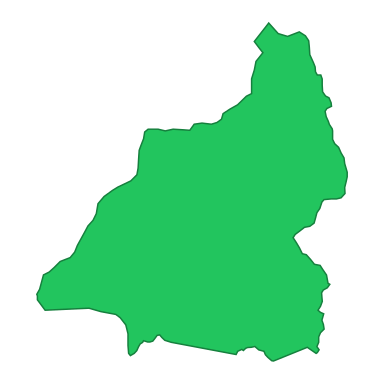 the district of Selama, Perak, Malaysia
{"feature_id": "92858781B87749635219289", "entity_name": "Selama", "entity_type": "district", "adm_level": 2, "iso_a3": "MYS", "parent_name": "Malaysia", "parent_adm1": "Perak", "projection": "albers", "projection_center": [100.834, 5.252], "detail": "fine", "context": "isolated", "style": "filled", "palette": "green", "viewbox_px": 384, "rotation_deg": 0, "n_neighbors": 0, "source": "geoboundaries", "source_scale": "gbopen_adm2", "svg_char_len": 2197}
<svg xmlns="http://www.w3.org/2000/svg" viewBox="0 0 384 384"><path d="M268.7,23.0L267.6,24.5L254.3,41.5L259.5,48.4L262.9,52.7L256.0,61.4L254.3,70.1L251.6,78.8L251.6,93.6L246.4,96.2L237.6,104.8L229.8,109.2L223.1,113.6L221.5,119.2L217.0,122.5L211.4,124.2L202.0,123.1L194.2,124.2L189.8,130.3L183.1,129.8L173.1,129.2L165.3,130.9L158.1,129.2L148.1,129.2L144.7,132.0L143.8,137.4L143.6,138.7L140.8,145.9L139.2,150.3L138.6,159.2L138.1,168.1L136.9,174.8L130.8,180.9L118.0,187.0L112.5,190.4L104.1,196.5L98.0,203.7L96.3,213.7L93.0,220.4L88.0,225.9L84.7,232.1L77.4,245.4L74.7,252.1L70.2,257.6L65.8,259.3L60.2,261.5L54.1,267.6L49.1,272.1L43.5,274.9L39.6,289.3L36.8,294.3L37.4,295.9L37.4,299.8L45.1,310.2L89.0,308.2L100.8,311.6L115.8,314.4L120.2,317.7L125.8,324.9L128.0,333.8L128.0,345.5L128.6,353.3L128.8,353.6L130.4,355.6L134.2,353.4L136.8,350.6L138.5,346.8L140.2,343.9L142.6,342.4L143.5,340.7L147.7,342.0L149.9,342.0L152.8,341.1L154.7,338.7L157.1,335.4L159.7,334.9L161.9,337.5L164.8,340.3L171.2,342.3L236.1,354.5L237.7,351.3L241.8,349.4L243.4,350.5L245.7,348.3L247.6,347.5L251.2,347.3L254.9,346.5L258.8,349.9L264.0,351.3L265.4,354.7L267.8,357.3L271.7,360.7L273.5,361.0L307.3,347.3L316.1,353.4L317.3,352.6L319.1,349.8L316.9,346.6L318.7,342.3L318.7,336.9L320.5,332.7L324.1,329.1L323.4,324.5L321.9,320.2L323.7,313.8L320.5,312.4L318.0,310.2L320.5,306.3L322.3,301.4L321.9,297.1L321.6,292.8L323.3,290.0L327.3,287.8L329.8,284.3L328.0,283.2L326.5,275.0L322.6,269.3L320.1,265.4L314.4,264.3L310.5,259.4L306.3,254.7L302.3,253.7L299.5,248.0L296.3,242.6L293.1,237.7L295.2,234.4L299.5,231.2L304.5,227.3L309.8,226.3L314.1,223.1L315.5,218.1L316.9,212.7L319.8,208.5L321.9,202.1L324.0,199.6L331.5,198.9L336.5,198.9L341.1,197.8L345.0,193.5L344.7,187.5L346.1,181.8L347.2,176.8L347.2,172.2L344.7,163.6L344.0,157.9L341.1,153.0L338.6,147.3L334.7,143.7L332.6,139.4L332.6,130.9L332.2,128.8L329.4,124.5L328.3,121.3L326.2,116.7L325.1,111.3L326.9,108.5L331.5,106.3L331.1,102.8L329.0,97.8L325.5,96.0L322.6,91.8L322.2,85.0L322.2,79.0L320.8,75.0L317.3,75.0L315.5,71.8L315.1,66.9L313.4,62.6L309.8,54.7L309.3,46.9L308.7,40.8L305.4,35.8L299.3,31.9L287.6,36.4L278.2,33.6L268.7,23.0Z" fill="#22c55e" stroke="#15803d" stroke-width="1.5"/></svg>